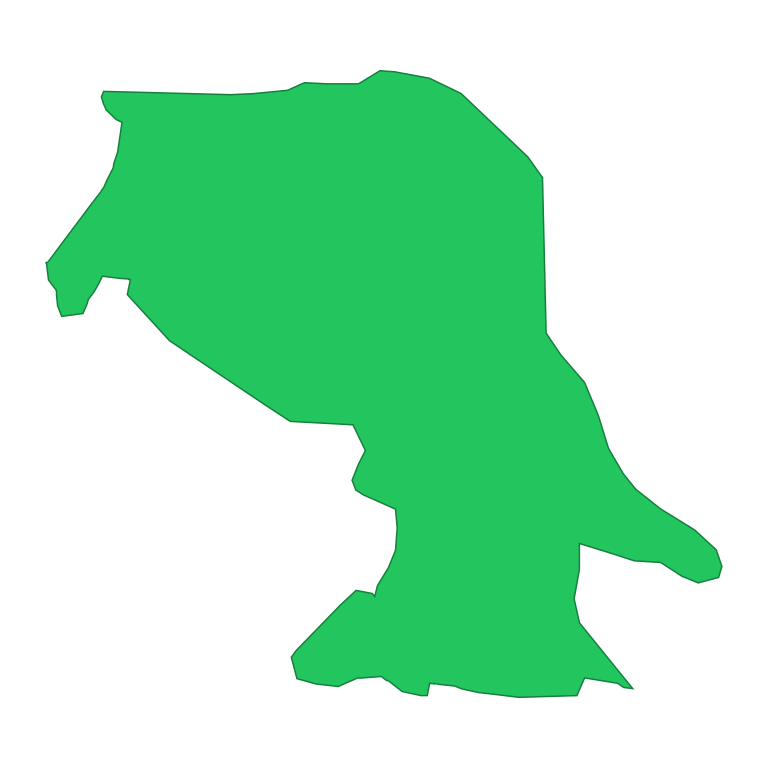 Boldumsaz, Tashauz, Turkmenistan
{"feature_id": "10190150B19279847457631", "entity_name": "Boldumsaz", "entity_type": "district", "adm_level": 2, "iso_a3": "TKM", "parent_name": "Turkmenistan", "parent_adm1": "Tashauz", "projection": "equal_earth", "projection_center": [59.725, 41.991], "detail": "fine", "context": "isolated", "style": "filled", "palette": "green", "viewbox_px": 768, "rotation_deg": 0, "n_neighbors": 0, "source": "geoboundaries", "source_scale": "gbopen_adm2", "svg_char_len": 1650}
<svg xmlns="http://www.w3.org/2000/svg" viewBox="0 0 768 768"><path d="M103.5,103.8L106.2,109.9L116.1,119.5L122.0,122.3L117.6,152.3L113.8,163.5L113.2,167.9L107.1,179.8L103.7,187.5L101.6,190.3L100.8,191.8L91.3,204.1L47.9,262.1L46.1,262.6L46.2,263.3L46.5,263.3L48.5,280.0L52.2,285.0L56.0,289.7L56.1,290.4L56.5,291.0L56.5,294.8L57.6,305.8L61.7,316.4L83.0,313.5L87.3,303.4L88.3,299.5L94.2,291.6L98.4,284.3L102.4,276.2L120.2,278.4L128.9,279.0L128.8,279.5L130.4,279.7L127.3,294.6L168.9,340.0L169.4,340.7L170.8,341.6L197.6,359.6L231.4,382.3L266.0,405.5L290.3,421.4L317.9,422.9L340.3,424.1L353.0,424.8L354.8,428.6L362.8,445.2L365.4,450.6L358.6,463.8L352.1,480.3L355.9,490.1L363.8,495.1L382.6,503.4L394.1,508.5L395.5,509.1L396.8,523.3L397.2,528.0L395.5,550.4L388.4,567.7L377.5,585.5L374.7,596.5L372.3,593.5L356.1,590.4L340.1,605.3L296.3,650.4L291.3,657.2L297.0,678.7L313.6,683.3L316.1,684.0L338.2,686.5L357.8,677.9L360.1,678.1L381.4,676.5L386.5,680.5L388.2,680.6L402.1,691.5L421.0,695.6L427.2,695.6L429.7,683.3L434.5,683.9L434.5,683.4L439.2,684.4L454.6,686.0L461.6,688.8L478.2,692.5L493.3,694.2L515.5,696.9L519.5,697.3L576.9,695.6L584.6,677.9L617.8,683.3L623.5,687.4L632.7,688.6L579.5,622.9L574.1,598.8L579.4,569.4L579.4,543.5L613.0,553.9L634.2,560.8L660.7,562.5L682.0,576.3L698.2,582.9L718.6,577.4L721.9,566.4L716.2,549.8L694.7,530.0L660.7,509.0L635.7,489.2L623.3,473.8L608.5,448.4L598.3,415.4L584.6,382.5L560.9,355.0L546.1,333.1L542.5,177.6L527.8,156.9L461.2,93.6L429.6,78.3L394.6,71.8L380.0,70.7L358.6,83.8L325.8,83.8L304.4,82.7L287.5,90.3L253.7,93.6L231.1,94.7L103.7,91.4L101.4,96.9L103.5,103.8Z" fill="#22c55e" stroke="#15803d" stroke-width="1.5"/></svg>